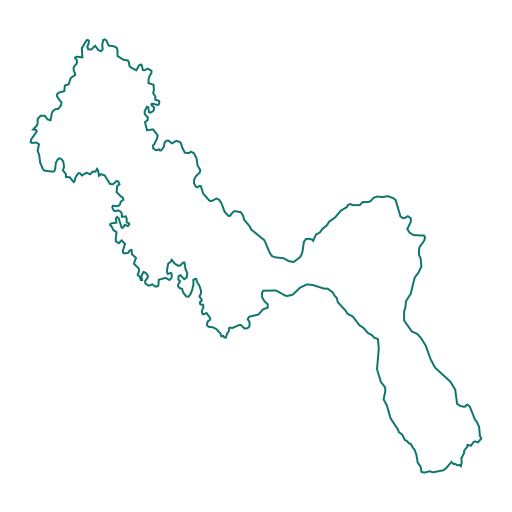 the district of La Llanada, Nariño, Colombia
{"feature_id": "7082276B57596135767585", "entity_name": "La Llanada", "entity_type": "district", "adm_level": 2, "iso_a3": "COL", "parent_name": "Colombia", "parent_adm1": "Nariño", "projection": "equal_earth", "projection_center": [-77.729, 1.548], "detail": "fine", "context": "isolated", "style": "outline", "palette": "teal", "viewbox_px": 512, "rotation_deg": 0, "n_neighbors": 0, "source": "geoboundaries", "source_scale": "gbopen_adm2", "svg_char_len": 5982}
<svg xmlns="http://www.w3.org/2000/svg" viewBox="0 0 512 512"><path d="M481.3,438.6L479.9,435.8L479.1,426.8L476.7,421.7L475.0,419.7L469.9,406.8L467.6,404.6L466.4,405.0L465.3,406.7L463.6,406.7L460.0,405.8L457.1,403.8L455.2,389.6L450.3,381.6L435.0,367.6L430.7,359.4L425.8,345.8L421.3,338.5L417.2,333.8L411.8,331.5L404.1,320.4L404.1,311.8L405.4,307.3L406.0,301.2L410.7,293.8L414.7,277.6L418.3,272.8L421.4,266.6L420.6,258.4L419.0,254.9L419.0,250.0L419.7,246.8L424.1,240.8L425.1,237.5L424.1,235.6L413.6,235.1L409.6,232.7L407.3,229.0L410.7,222.1L410.9,218.6L408.5,216.5L407.1,216.3L405.4,217.8L402.9,218.2L400.5,216.5L395.6,200.0L393.3,198.2L387.9,196.2L382.0,197.1L377.5,196.5L373.7,197.8L370.3,201.3L368.3,202.0L362.6,202.1L359.8,205.1L352.9,205.1L350.4,204.1L348.0,204.9L346.8,207.1L340.6,210.8L335.3,217.3L329.1,221.7L326.9,225.3L322.7,228.7L319.7,232.6L316.0,234.6L313.1,240.8L312.3,239.7L309.2,238.8L306.0,239.0L303.9,241.8L302.5,251.4L301.4,254.9L299.7,257.5L293.6,262.0L288.9,261.2L283.5,258.2L275.5,257.4L272.1,256.2L269.8,253.0L264.5,240.4L251.1,229.4L249.6,226.2L244.1,219.7L243.1,215.7L240.8,212.2L234.9,211.1L233.1,211.9L230.0,215.9L228.3,215.9L224.6,211.7L221.3,202.9L219.1,199.7L216.5,198.5L211.8,201.0L209.5,200.8L203.0,193.3L200.9,186.2L199.6,185.9L197.3,187.3L195.7,186.6L194.0,183.2L194.2,179.6L195.8,176.3L199.7,172.6L200.3,170.2L197.5,165.3L196.5,158.3L194.0,153.3L191.1,151.7L189.0,153.1L184.8,152.7L182.1,147.3L181.0,143.2L179.8,142.0L176.2,140.8L172.1,143.4L168.4,140.6L166.5,140.7L164.6,142.6L163.9,146.7L161.0,150.5L159.8,150.4L159.0,149.4L156.1,150.3L153.2,148.4L153.0,145.5L154.2,144.3L157.1,138.3L157.7,135.5L153.1,129.4L147.0,130.2L145.0,122.2L147.6,120.0L147.9,117.5L145.1,114.5L144.6,112.9L144.7,111.2L146.9,106.8L148.3,107.3L148.9,112.2L150.7,112.6L153.4,110.8L154.2,108.9L153.9,107.2L151.7,105.5L151.4,104.2L152.2,103.7L157.9,105.0L158.9,104.1L159.4,102.3L159.0,100.9L155.1,99.6L155.5,96.9L153.2,93.0L153.9,90.1L153.6,84.8L148.5,83.1L148.6,78.9L149.7,75.7L151.4,73.2L151.4,70.7L147.8,68.7L144.4,70.2L142.9,70.1L141.7,65.1L141.0,64.5L139.1,65.3L136.4,70.3L131.0,67.6L129.4,65.8L128.9,62.2L127.7,60.4L123.6,59.8L117.6,56.1L117.4,49.7L116.6,47.7L114.0,46.3L108.7,45.6L106.3,40.4L104.8,39.4L103.2,40.1L102.2,44.7L102.7,49.2L100.9,51.2L98.3,50.0L95.1,45.8L91.2,49.6L88.1,49.2L87.3,46.6L88.7,43.2L88.9,41.0L87.9,40.0L86.6,40.2L81.8,48.2L82.4,57.4L76.7,56.7L75.1,57.5L75.2,58.4L76.7,59.8L77.0,62.0L76.7,63.7L74.1,66.4L73.6,67.9L73.7,70.8L74.9,73.1L75.1,75.0L70.8,77.9L68.6,84.3L64.9,85.5L64.3,91.1L58.4,92.8L57.1,94.4L56.9,95.8L57.7,97.6L61.5,102.5L61.0,105.2L58.4,108.8L55.1,109.3L52.7,111.3L51.9,113.1L50.5,120.3L47.5,119.4L44.7,115.7L40.6,115.8L37.7,118.9L37.6,123.5L36.9,125.5L33.1,129.5L36.1,130.0L36.7,131.6L31.1,139.5L30.7,142.3L31.8,142.9L36.6,142.6L39.0,144.3L37.6,150.7L39.2,155.1L40.1,162.4L42.8,168.9L44.3,170.6L52.9,171.7L54.2,171.2L55.1,169.2L55.9,162.7L57.9,159.2L59.5,158.3L61.7,159.4L63.2,161.3L64.1,166.7L62.9,170.4L65.8,173.9L66.0,177.0L69.6,177.2L73.7,182.1L74.3,181.7L75.9,176.5L78.5,173.1L80.2,173.4L81.9,175.5L86.4,172.7L90.2,174.3L92.5,171.7L95.5,171.7L97.0,168.9L98.1,170.4L98.9,175.8L100.9,174.2L104.7,175.4L110.0,184.0L112.8,184.3L116.7,181.0L118.2,181.4L119.5,184.3L117.1,186.3L116.6,192.2L121.2,196.7L122.7,197.4L123.4,199.8L120.7,201.7L120.1,204.2L119.1,205.5L117.1,206.2L112.8,205.8L112.3,207.5L113.9,210.8L115.8,211.1L117.8,210.3L120.2,211.4L121.7,213.2L121.9,216.8L125.8,216.4L126.6,218.5L126.8,222.5L129.0,223.2L129.3,224.5L127.8,226.1L124.9,224.8L123.1,227.6L121.7,227.8L118.6,218.1L117.0,217.0L116.0,218.6L116.4,222.7L112.0,223.2L110.3,224.0L110.1,225.1L111.6,226.4L113.5,230.2L116.5,232.1L115.7,239.3L116.1,241.6L118.8,243.2L121.6,240.4L125.0,243.9L122.9,250.6L123.1,252.7L124.4,253.4L128.0,253.0L129.8,250.4L131.5,249.9L132.0,254.3L136.0,257.9L133.9,263.7L138.9,268.6L138.9,271.6L137.7,275.1L140.0,276.9L140.8,280.0L142.1,280.0L141.3,276.2L143.5,272.0L144.0,272.0L146.6,273.6L147.9,276.0L147.5,277.9L145.2,281.0L145.1,282.8L145.8,283.9L148.8,285.7L152.3,284.4L155.5,286.6L157.7,286.3L158.3,285.7L158.8,279.7L165.5,277.9L169.5,280.0L171.3,278.2L171.9,276.1L171.5,273.5L170.7,272.9L168.0,274.0L167.2,272.7L167.0,269.8L168.2,263.7L170.7,261.7L171.7,259.8L174.8,263.7L178.2,265.8L180.3,265.4L183.2,262.5L184.5,262.5L185.6,269.5L187.3,273.1L186.6,277.6L184.2,279.2L180.5,275.2L178.7,276.0L178.3,279.6L180.1,281.2L178.0,284.8L178.3,286.6L179.2,287.8L182.1,289.0L183.2,292.5L186.0,296.3L188.5,296.7L190.3,294.5L192.2,289.9L193.5,284.1L193.3,280.0L195.3,278.8L196.3,279.0L196.8,281.6L199.6,286.2L201.0,290.9L200.9,293.7L199.4,296.4L201.7,299.7L201.5,301.2L200.1,301.8L200.0,303.8L201.1,304.7L203.0,304.7L203.4,305.5L203.2,307.8L201.8,311.1L202.3,313.5L203.1,314.3L206.6,313.1L210.3,318.3L210.1,319.8L207.9,321.3L207.0,323.8L207.1,325.4L208.7,326.8L212.8,327.3L216.1,328.9L220.3,333.3L221.4,336.4L223.1,335.8L224.3,337.5L225.9,337.5L227.0,333.8L228.7,331.5L229.1,328.2L229.8,327.6L232.3,328.0L239.8,324.8L241.4,325.4L244.3,328.4L246.9,328.4L248.6,327.3L249.6,325.5L249.5,322.1L247.6,319.1L249.3,316.7L258.5,314.5L262.9,309.4L267.7,307.7L267.7,304.2L264.7,301.6L262.1,297.4L262.0,292.9L263.3,290.7L276.1,290.5L285.2,295.6L287.0,296.0L292.6,294.7L300.2,287.6L307.0,284.4L312.6,285.0L324.1,288.6L327.8,288.7L332.7,292.4L334.8,296.0L336.7,297.9L337.9,302.2L345.7,310.8L347.5,313.8L352.8,316.5L359.3,325.1L363.5,327.9L368.0,333.1L371.7,335.0L374.3,337.7L377.9,339.1L378.8,348.5L377.0,369.2L380.9,382.0L385.1,387.3L385.3,391.4L383.6,399.3L386.8,405.3L390.5,418.2L398.2,429.9L398.6,431.9L402.3,434.7L404.8,439.9L407.2,441.2L408.9,443.3L411.0,444.1L412.7,447.5L414.7,449.9L416.5,455.2L417.7,462.7L420.6,466.6L421.4,471.9L424.3,472.6L429.6,471.3L433.1,472.3L443.3,470.3L445.9,468.4L451.5,461.9L453.4,464.0L455.3,463.9L457.2,465.3L459.9,465.0L460.8,466.1L461.7,462.5L461.4,458.2L464.2,452.8L464.2,450.6L467.3,446.8L467.5,444.9L471.0,445.7L473.5,442.1L475.0,441.4L477.9,442.4L481.3,438.6Z" fill="none" stroke="#0f766e" stroke-width="2"/></svg>